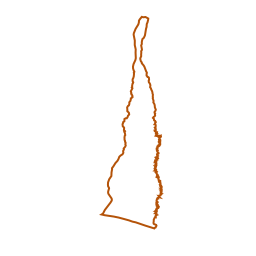 San Andrés Villa Seca, Retalhuleu, Guatemala (Mercator projection), rotated 345°
{"feature_id": "79465075B254233596558", "entity_name": "San Andrés Villa Seca", "entity_type": "district", "adm_level": 2, "iso_a3": "GTM", "parent_name": "Guatemala", "parent_adm1": "Retalhuleu", "projection": "mercator", "projection_center": [-91.627, 14.381], "detail": "fine", "context": "isolated", "style": "outline", "palette": "amber", "viewbox_px": 256, "rotation_deg": 345, "n_neighbors": 0, "source": "geoboundaries", "source_scale": "gbopen_adm2", "svg_char_len": 5956}
<svg xmlns="http://www.w3.org/2000/svg" viewBox="0 0 256 256"><g transform="rotate(345 128 128)"><path d="M172.1,35.2L173.0,32.5L174.2,31.0L175.5,28.6L175.9,27.5L173.6,25.3L171.4,25.0L170.1,24.2L167.2,26.3L166.3,27.3L165.9,28.7L164.8,30.6L161.0,34.2L158.2,37.9L157.6,39.3L157.2,45.3L156.0,49.6L155.8,54.0L154.8,57.2L153.6,62.6L152.7,64.3L149.9,67.7L148.7,70.0L148.3,71.9L148.4,74.3L148.7,74.9L148.7,75.4L147.9,76.1L147.9,77.0L146.9,79.7L145.9,81.3L145.1,82.1L144.6,83.9L144.9,85.2L144.5,85.6L144.3,86.1L143.9,86.3L142.9,88.3L142.8,89.0L142.1,89.9L142.6,90.7L142.5,90.9L140.2,93.3L140.3,94.6L140.0,95.4L140.2,96.0L140.0,96.5L140.4,97.0L140.6,97.9L140.4,99.2L139.9,99.2L139.4,99.9L138.4,100.1L138.2,100.9L137.3,102.5L136.0,103.4L135.8,103.8L135.6,105.0L134.7,106.4L133.7,106.7L132.5,107.9L132.0,110.7L131.7,111.3L131.7,111.7L132.1,112.2L132.8,113.5L132.7,115.1L132.3,115.5L131.2,116.1L130.3,117.5L129.3,118.3L128.4,118.0L126.9,118.4L126.2,120.6L124.8,121.1L124.5,122.0L123.7,122.9L123.4,125.1L124.1,126.1L124.3,126.9L123.5,129.0L124.2,130.0L124.3,130.3L123.4,130.7L123.7,131.9L123.5,134.2L122.9,134.6L122.2,136.1L121.6,138.7L121.8,139.4L121.6,140.6L121.9,141.3L121.6,141.8L121.6,142.5L121.2,143.1L121.3,144.2L120.5,145.3L118.5,146.7L118.5,147.6L117.3,149.0L117.1,150.7L115.9,152.0L113.9,152.6L112.2,153.5L110.6,155.7L109.3,157.0L106.8,158.6L103.7,161.5L102.4,162.4L102.1,162.8L102.0,163.6L100.6,166.6L99.5,170.1L96.6,172.6L94.7,175.3L93.9,177.7L93.7,179.3L94.1,180.6L94.1,181.4L92.5,184.0L92.0,185.5L92.1,186.7L93.9,191.8L93.9,192.8L93.5,193.9L91.8,195.5L84.4,201.2L81.7,204.2L80.1,204.7L82.9,206.2L91.2,209.8L95.8,212.1L100.3,214.7L104.9,217.4L108.1,219.6L111.0,221.1L119.5,226.8L127.4,231.8L127.9,231.3L128.8,231.3L130.2,229.8L130.1,228.9L128.3,227.5L128.0,227.0L128.1,226.2L128.8,224.5L129.1,223.3L130.3,221.8L131.2,221.4L131.2,221.0L131.4,220.7L131.8,221.1L132.0,220.3L132.6,219.5L133.4,219.4L132.8,218.8L133.3,218.1L133.0,217.7L132.2,217.4L132.7,217.1L133.2,217.2L133.2,216.9L133.0,216.5L134.1,216.3L134.3,215.9L134.1,215.6L133.3,215.3L134.0,215.1L133.9,214.9L134.1,214.7L134.5,214.8L134.6,214.5L134.0,214.4L134.7,213.9L134.5,213.6L134.9,213.4L135.1,212.9L135.3,212.9L135.3,213.3L135.6,213.2L135.7,212.7L136.2,212.2L136.6,212.2L136.9,212.7L137.4,212.1L137.1,211.3L136.2,211.5L135.8,211.1L135.6,210.8L135.8,210.5L136.5,210.7L136.8,210.5L136.9,209.8L136.7,209.5L136.3,209.7L135.6,209.5L135.7,208.6L135.9,208.3L136.1,208.3L136.1,207.7L136.5,207.7L136.5,207.9L136.7,208.0L137.5,207.3L137.4,207.1L137.0,207.3L136.7,206.8L136.6,205.9L137.4,204.4L136.8,204.3L137.8,204.2L138.2,203.6L138.6,204.0L138.9,204.0L139.0,203.3L139.3,203.3L139.9,202.7L140.6,203.1L140.3,202.6L140.1,202.0L140.4,202.2L140.3,201.8L140.5,201.4L142.0,201.4L142.4,200.3L142.5,200.6L142.8,200.6L142.7,199.9L143.2,199.9L142.7,199.4L142.8,199.2L143.5,198.9L143.6,198.5L143.8,198.4L143.8,198.1L144.0,198.1L144.1,197.6L143.5,197.2L143.8,196.9L143.4,196.4L144.6,196.3L144.6,196.0L144.3,195.7L144.3,195.4L144.0,195.0L144.6,195.1L145.0,194.3L144.8,194.3L144.9,194.0L144.5,193.6L144.6,192.8L145.1,192.8L145.1,192.5L144.3,192.4L144.4,192.2L144.2,191.9L144.1,191.4L144.8,191.4L144.5,190.6L145.2,189.7L144.3,188.4L144.9,188.1L144.5,187.7L145.2,187.2L144.7,186.7L144.1,186.6L144.2,184.9L145.0,183.6L144.8,182.7L143.5,183.3L143.0,182.8L143.7,182.4L143.4,182.2L143.4,181.9L144.4,180.8L143.9,180.2L144.0,179.2L143.7,178.8L144.1,178.5L144.1,178.2L144.3,178.0L143.4,177.7L143.8,177.1L143.5,177.0L143.5,176.5L142.9,176.2L143.2,176.1L143.2,175.4L143.7,175.9L144.4,175.6L144.4,175.4L143.6,174.9L143.6,174.7L143.8,174.6L143.5,173.8L143.8,173.4L144.2,173.5L144.5,172.9L144.4,172.6L144.8,172.9L145.0,172.8L145.2,172.3L145.0,172.0L144.9,171.2L145.1,171.1L146.2,171.9L145.4,170.2L145.6,170.1L145.3,169.9L146.2,169.1L146.5,168.3L146.0,168.4L145.2,168.1L145.6,167.8L145.4,167.5L145.8,167.3L145.6,167.0L145.8,166.3L146.5,166.4L147.1,165.8L147.4,166.3L148.1,166.2L147.8,165.1L147.4,164.9L147.0,163.6L147.6,163.5L148.3,163.9L148.4,164.9L149.1,164.9L149.0,164.4L149.2,163.6L148.9,163.3L149.2,162.8L149.9,162.7L149.1,162.5L149.2,162.3L149.5,162.3L149.1,161.6L149.2,160.8L149.6,160.6L150.7,160.7L151.0,160.4L151.0,159.7L150.3,158.9L150.1,157.9L150.2,157.2L150.9,157.2L150.8,156.5L150.3,156.7L150.1,156.5L150.4,155.1L150.7,155.0L150.8,155.5L151.0,155.5L151.6,154.9L151.7,154.4L151.4,153.8L151.8,153.2L152.6,153.0L153.3,153.5L153.7,153.3L153.5,152.6L154.3,152.7L154.6,152.5L154.3,151.7L155.0,151.6L155.3,150.6L155.3,150.2L154.8,150.3L154.1,149.6L154.2,149.0L154.4,148.8L155.4,149.1L155.9,148.9L156.0,148.2L155.1,148.3L154.9,147.2L155.0,147.1L155.4,147.5L155.5,147.4L155.7,146.5L155.6,145.8L156.1,145.7L156.2,144.9L156.7,144.9L157.1,145.2L157.6,144.9L157.7,143.9L156.8,144.2L156.2,143.6L155.9,144.0L155.9,144.5L155.6,144.8L155.0,144.3L155.2,143.9L155.1,143.5L153.8,143.2L152.8,142.7L154.4,141.5L154.5,141.4L153.9,141.2L153.4,140.7L153.7,140.1L154.0,139.9L154.3,140.4L154.6,140.4L154.9,139.7L153.8,139.6L153.9,138.5L153.5,138.1L153.1,138.0L152.9,137.5L153.0,137.2L153.7,137.3L154.3,137.2L154.6,136.1L154.2,135.5L154.0,134.5L154.9,134.3L155.5,132.4L155.4,131.6L154.7,131.3L155.3,130.8L155.6,129.9L156.2,129.7L156.4,129.5L156.0,128.1L155.5,127.8L155.2,127.3L155.4,126.0L154.7,124.7L155.7,123.9L156.4,123.8L157.4,123.1L157.5,121.9L158.0,121.0L157.6,120.4L157.7,119.5L159.1,118.3L159.6,117.4L159.3,115.1L159.7,112.7L159.6,111.4L159.1,109.9L159.7,108.5L159.6,105.6L160.0,104.9L160.1,103.8L160.7,102.3L160.6,100.9L160.8,99.9L160.8,98.7L160.4,96.8L160.4,95.7L159.9,94.3L160.6,92.8L160.7,91.5L160.5,90.4L160.0,89.3L160.2,87.7L160.8,87.0L161.2,84.9L160.9,84.2L160.1,83.8L160.0,83.2L159.5,82.2L160.0,80.4L160.5,79.7L160.5,79.1L160.2,78.1L159.7,73.1L159.3,71.6L158.1,69.1L158.3,68.2L157.7,66.9L157.7,64.6L158.0,63.7L159.3,62.1L159.7,60.4L160.3,58.8L160.6,57.2L161.3,56.6L161.8,55.8L162.1,51.7L163.1,50.4L163.5,48.7L164.2,47.2L165.0,45.8L166.6,45.0L168.3,43.0L171.1,36.8L172.1,35.2Z" fill="none" stroke="#b45309" stroke-width="2"/></g></svg>